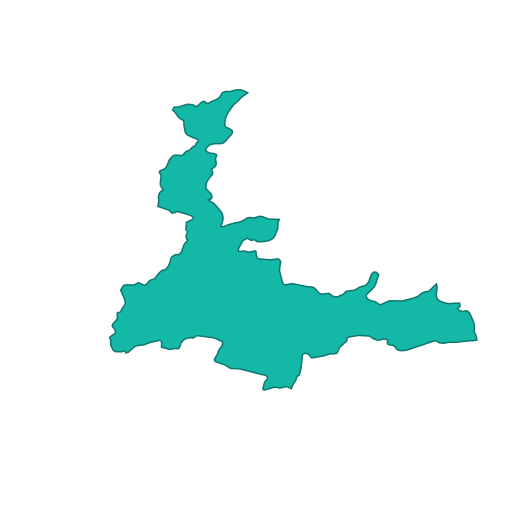 Boyacá, Robinson projection, rotated 65°
{"feature_id": "COL-1315", "entity_name": "Boyacá", "entity_type": "Department", "adm_level": 1, "iso_a3": "COL", "parent_name": "Colombia", "parent_adm1": "", "projection": "robinson", "projection_center": [-73.321, 5.85], "detail": "fine", "context": "isolated", "style": "filled", "palette": "teal", "viewbox_px": 512, "rotation_deg": 65, "n_neighbors": 0, "source": "natural_earth", "source_scale": "10m", "svg_char_len": 5886}
<svg xmlns="http://www.w3.org/2000/svg" viewBox="0 0 512 512"><g transform="rotate(65 256 256)"><path d="M421.7,90.3L425.5,91.3L425.3,92.0L424.4,95.4L423.1,98.3L418.4,112.0L415.9,117.1L414.3,123.2L411.9,126.8L409.1,128.3L408.2,130.8L405.2,157.9L403.9,162.8L402.8,165.0L401.3,167.0L399.1,168.1L397.4,168.2L396.0,168.8L394.8,169.8L393.6,171.6L392.4,173.2L391.4,173.9L390.2,173.7L389.6,173.1L389.0,172.4L388.5,172.2L387.8,172.4L386.8,173.1L385.6,174.5L384.9,175.9L384.8,177.8L383.9,181.2L380.6,184.6L376.5,187.0L371.3,196.6L368.8,205.6L368.7,207.1L369.0,208.1L370.9,209.3L371.7,210.2L372.4,213.5L373.2,215.4L373.6,217.3L374.4,219.1L378.2,223.5L377.9,226.2L376.1,230.0L375.0,237.2L372.2,247.7L371.7,248.8L368.9,249.4L366.9,250.3L365.7,251.5L364.8,252.6L364.9,255.5L376.9,262.7L382.0,266.9L382.9,270.2L385.4,272.4L388.3,277.1L391.2,279.9L389.3,281.7L388.5,282.1L387.6,283.2L386.9,284.6L386.5,287.2L386.0,289.2L385.5,290.7L383.8,292.4L383.1,294.0L382.6,295.3L381.0,305.1L380.1,306.0L379.0,305.7L377.4,304.5L374.6,302.1L373.8,301.1L372.6,298.7L371.9,297.5L371.0,296.8L369.7,297.0L368.2,297.7L365.3,301.6L351.4,318.5L348.7,323.7L347.0,326.7L341.7,330.1L334.4,337.6L331.9,337.4L328.4,332.1L326.0,329.9L323.0,325.0L322.1,323.7L319.5,322.5L316.6,325.1L315.2,326.1L313.3,327.9L311.2,330.5L304.2,341.6L303.2,342.9L303.7,348.0L302.7,349.1L302.3,349.9L302.0,351.2L301.3,354.3L301.3,356.3L301.9,358.3L303.2,360.8L306.3,363.6L307.2,365.4L305.3,369.4L304.6,372.7L303.9,374.3L301.7,376.5L298.8,380.2L294.0,377.9L292.3,378.2L291.6,379.3L289.6,388.7L289.2,395.1L287.1,401.4L286.8,404.2L289.3,412.4L288.8,415.0L286.9,415.0L286.2,415.9L286.0,416.6L286.1,417.4L286.1,418.1L285.7,419.0L284.2,421.9L283.8,423.0L282.8,424.1L281.2,425.1L276.0,425.5L270.9,423.3L268.0,423.1L267.2,420.6L266.7,416.6L265.6,415.6L264.4,415.2L263.2,415.1L261.9,415.1L259.7,415.9L258.2,415.7L257.2,414.6L256.6,413.0L254.1,408.0L249.2,406.0L248.9,405.1L249.5,402.9L248.5,401.3L246.7,399.0L244.8,395.5L243.7,394.6L240.0,393.3L229.7,393.1L226.9,388.7L226.9,386.8L230.8,378.5L230.4,373.8L235.3,369.7L235.6,367.8L233.7,363.8L233.3,360.7L233.9,358.6L233.5,357.0L230.4,351.0L229.4,347.1L229.9,343.4L228.0,339.6L227.3,338.7L225.3,336.7L221.9,333.8L221.2,332.1L220.8,330.1L220.8,328.6L221.4,326.6L222.2,324.8L221.3,323.4L221.3,322.2L221.1,322.0L220.0,321.1L214.8,315.8L213.5,312.9L213.3,311.4L212.5,311.3L211.5,311.6L210.0,311.6L208.0,310.8L205.2,307.7L202.5,308.4L196.0,304.8L196.0,297.6L195.1,296.8L194.5,296.8L193.3,297.1L192.2,297.6L189.4,300.4L182.4,308.5L182.4,311.1L181.5,314.2L177.9,315.3L169.7,323.9L163.8,320.1L161.9,319.9L160.0,318.6L158.6,317.4L157.3,315.2L157.4,312.3L151.2,312.7L149.8,312.1L147.5,310.8L143.5,308.2L140.7,308.1L139.1,308.2L138.4,307.3L138.2,306.1L138.4,303.5L138.4,302.5L137.5,299.6L132.1,293.7L130.4,289.7L130.2,288.3L130.4,286.5L132.0,283.4L133.2,281.8L133.5,280.1L133.3,278.7L132.4,277.3L131.7,275.1L131.9,272.6L131.7,270.8L131.5,269.7L130.6,268.2L130.4,266.9L130.4,265.5L130.5,264.7L130.5,264.2L130.2,263.8L129.7,263.6L129.2,263.3L128.8,262.8L128.5,262.1L128.3,261.3L128.0,260.5L127.2,259.5L126.1,259.4L124.3,260.8L120.5,264.5L118.7,265.8L117.5,266.8L114.4,267.9L108.5,266.5L106.8,265.9L104.9,265.0L102.7,264.5L101.9,264.8L100.4,266.1L97.4,267.6L90.6,268.9L88.6,270.0L88.0,269.1L87.1,268.3L86.5,267.2L88.2,263.4L89.4,254.4L90.3,252.4L91.8,250.1L93.5,248.3L95.0,247.5L95.6,246.4L93.6,240.4L93.8,237.8L94.5,237.2L96.6,236.2L97.2,235.7L97.6,234.5L97.6,233.4L97.3,232.5L97.2,231.4L97.4,225.6L97.2,223.5L96.3,221.1L94.5,218.8L93.9,217.4L93.8,215.3L94.3,213.4L96.0,210.1L97.0,203.9L98.6,200.3L101.1,197.2L104.6,194.5L105.2,197.7L105.3,198.9L106.4,203.2L107.6,206.0L109.5,212.6L114.4,221.1L117.1,224.2L118.8,225.8L120.5,226.8L121.5,227.6L122.6,228.3L123.8,228.8L125.0,229.1L126.7,228.6L129.9,225.9L131.7,224.9L133.3,224.6L134.7,225.7L135.9,227.6L137.3,231.8L138.7,234.4L139.7,237.3L139.6,239.8L136.6,246.3L135.9,249.2L135.8,251.3L137.4,256.3L139.5,256.8L140.4,256.6L141.9,255.5L143.7,253.8L145.4,250.6L147.9,248.8L150.5,251.5L155.9,253.1L157.6,255.2L158.7,259.8L161.0,259.8L162.4,260.1L163.7,261.2L165.9,266.0L168.7,270.0L173.1,272.8L174.6,272.7L176.1,272.0L177.1,271.8L179.6,270.7L181.8,270.5L183.1,270.7L184.4,271.4L185.2,272.2L185.0,275.8L190.6,271.9L198.8,269.5L202.8,268.7L205.6,269.1L208.2,270.0L210.4,271.6L212.9,274.0L213.9,275.2L215.2,274.2L215.6,272.7L215.9,271.3L215.9,268.1L217.1,261.0L218.3,256.8L218.4,253.5L218.3,250.6L217.7,248.3L218.3,245.8L220.8,241.5L221.4,236.3L222.8,233.7L228.2,228.7L228.7,227.2L232.7,219.4L234.6,221.6L240.4,224.8L245.5,230.1L247.0,232.8L247.4,234.5L247.5,237.0L247.0,240.0L245.1,245.8L243.2,249.1L240.4,250.7L240.0,253.1L239.9,253.7L237.2,255.7L236.2,256.4L236.6,261.3L241.5,268.3L243.2,269.6L244.8,269.4L246.5,264.4L249.0,261.6L250.4,258.1L250.8,254.9L251.3,254.3L252.1,254.2L256.3,255.6L259.5,255.2L265.7,244.3L267.9,237.2L270.2,236.0L270.9,236.0L272.3,236.4L275.4,238.7L279.5,241.0L291.1,243.1L293.3,243.1L294.5,241.7L296.4,234.7L305.8,222.0L307.1,219.5L308.8,217.1L312.2,215.7L316.1,214.6L318.4,212.8L320.6,205.8L322.9,204.4L324.3,203.8L326.2,202.0L327.1,200.3L327.5,198.9L327.4,196.2L327.7,193.5L326.1,189.1L328.7,181.1L328.0,175.1L328.9,169.6L328.4,167.7L327.5,165.4L326.4,164.0L325.1,163.0L321.2,158.7L320.3,156.0L321.6,153.9L324.0,152.9L325.3,152.9L327.6,155.5L332.0,159.3L334.1,162.4L335.4,165.4L337.9,172.7L340.1,173.4L343.6,172.3L348.1,167.0L350.5,165.7L351.9,164.8L352.9,163.1L352.9,154.7L353.7,152.4L358.5,142.7L360.6,131.9L361.1,126.4L359.8,121.5L359.7,119.4L360.0,117.5L361.0,114.4L357.6,104.3L360.7,105.0L367.9,109.4L370.6,109.9L372.8,109.5L375.0,108.0L378.5,104.5L380.0,102.4L381.2,100.3L382.6,96.3L384.8,91.4L387.7,92.2L388.6,94.8L389.4,95.5L390.6,95.2L391.7,94.3L392.9,93.0L393.7,91.8L394.1,90.7L394.2,89.6L394.7,88.4L395.5,87.5L398.1,86.5L408.4,86.7L411.9,87.8L414.3,88.8L416.7,90.2L421.7,90.3Z" fill="#14b8a6" stroke="#0f766e" stroke-width="1.5"/></g></svg>